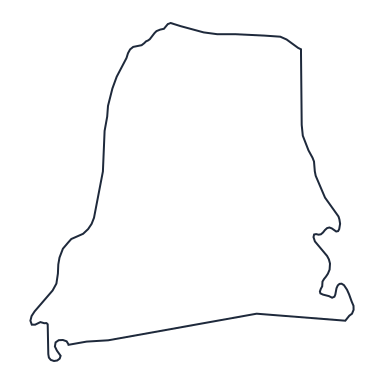 an SVG outline of Nickerie
{"feature_id": "SUR-37", "entity_name": "Nickerie", "entity_type": "District", "adm_level": 1, "iso_a3": "SUR", "parent_name": "Suriname", "parent_adm1": "", "projection": "natural_earth1", "projection_center": [-56.858, 5.617], "detail": "fine", "context": "isolated", "style": "outline", "palette": "slate", "viewbox_px": 384, "rotation_deg": 0, "n_neighbors": 0, "source": "natural_earth", "source_scale": "10m", "svg_char_len": 1574}
<svg xmlns="http://www.w3.org/2000/svg" viewBox="0 0 384 384"><path d="M31.8,324.7L30.4,320.7L31.6,316.0L34.6,311.4L52.6,290.5L56.4,283.6L57.9,273.6L58.3,264.4L59.5,257.6L62.9,248.7L68.0,242.7L71.3,239.0L83.1,233.8L88.1,229.1L91.6,223.9L94.0,217.8L102.9,171.5L104.6,130.9L107.2,116.6L108.0,105.9L112.4,88.5L116.7,76.7L126.5,58.0L128.0,53.2L130.1,49.4L133.2,46.9L141.6,45.2L144.2,43.2L146.1,41.3L148.0,40.5L149.8,39.2L154.5,33.1L156.5,31.1L160.2,29.6L163.9,28.8L167.8,24.1L170.6,23.0L180.8,26.2L203.7,32.4L217.2,34.2L235.5,34.2L264.4,35.6L280.3,36.7L286.6,39.5L298.1,47.9L301.0,49.3L301.0,53.4L301.7,124.9L302.8,135.7L308.5,150.4L312.5,157.7L314.0,161.5L314.8,171.3L315.7,175.8L325.0,197.6L338.5,216.5L339.4,219.4L340.1,223.8L339.2,229.1L338.1,231.1L336.2,231.5L331.8,228.4L329.4,227.5L327.1,228.1L324.9,230.1L323.0,232.5L320.9,234.3L318.6,234.7L316.1,234.1L314.1,234.5L313.5,237.1L314.9,241.4L327.1,256.0L328.9,259.4L330.0,263.6L329.6,269.6L327.9,273.7L325.9,276.7L324.1,278.9L322.5,281.5L322.2,286.3L320.8,288.9L319.9,291.5L320.4,293.4L323.0,294.6L328.9,296.1L332.1,297.7L334.4,296.7L335.3,294.6L336.5,288.2L337.8,285.4L339.5,283.9L341.6,283.7L344.0,285.2L347.0,289.7L349.1,294.4L351.7,301.6L353.5,305.8L353.6,309.8L352.0,313.7L349.3,315.7L345.3,320.7L256.6,313.7L108.2,340.3L86.6,341.6L68.5,344.8L68.2,343.9L66.6,341.3L62.9,340.0L58.7,340.2L55.6,342.4L54.9,346.5L56.9,350.6L60.6,355.8L59.7,358.6L57.2,360.5L54.0,361.0L50.8,359.9L48.9,357.6L48.3,354.2L47.7,324.3L46.5,323.1L44.2,323.2L40.4,322.1L35.1,324.7L31.8,324.7Z" fill="none" stroke="#1e293b" stroke-width="2"/></svg>